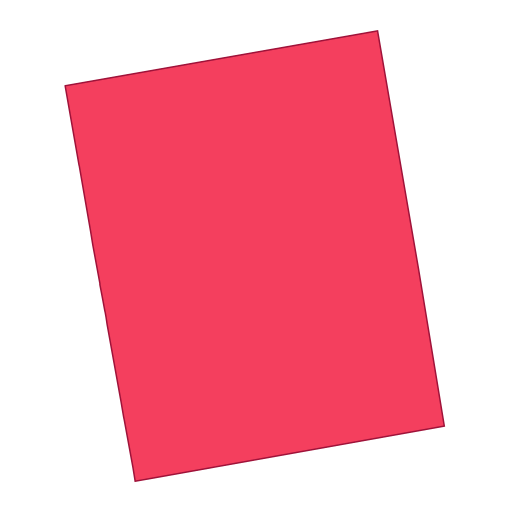 Deuel, South Dakota, United States of America, rotated 170°
{"feature_id": "52423323B13403863294049", "entity_name": "Deuel", "entity_type": "district", "adm_level": 2, "iso_a3": "USA", "parent_name": "United States of America", "parent_adm1": "South Dakota", "projection": "natural_earth1", "projection_center": [-96.521, 44.761], "detail": "fine", "context": "isolated", "style": "filled", "palette": "rose", "viewbox_px": 512, "rotation_deg": 170, "n_neighbors": 0, "source": "geoboundaries", "source_scale": "gbopen_adm2", "svg_char_len": 440}
<svg xmlns="http://www.w3.org/2000/svg" viewBox="0 0 512 512"><g transform="rotate(170 256 256)"><path d="M98.2,215.3L97.2,456.6L414.3,456.8L414.4,456.4L414.5,376.1L414.4,375.7L414.6,309.1L414.8,295.0L414.5,256.0L414.7,254.8L414.5,241.5L414.4,228.3L414.3,226.6L414.3,221.6L414.5,214.4L414.2,136.1L414.3,120.8L414.2,117.0L413.9,68.9L414.1,55.3L414.1,55.2L100.1,55.8L98.2,215.3Z" fill="#f43f5e" stroke="#9f1239" stroke-width="1.5"/></g></svg>